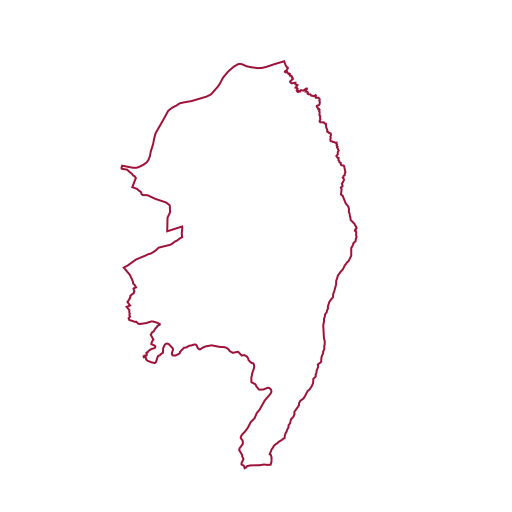 the district of Espinal, Tolima, Colombia, rotated 229°
{"feature_id": "7082276B91766477501685", "entity_name": "Espinal", "entity_type": "district", "adm_level": 2, "iso_a3": "COL", "parent_name": "Colombia", "parent_adm1": "Tolima", "projection": "robinson", "projection_center": [-74.907, 4.169], "detail": "fine", "context": "isolated", "style": "outline", "palette": "rose", "viewbox_px": 512, "rotation_deg": 229, "n_neighbors": 0, "source": "geoboundaries", "source_scale": "gbopen_adm2", "svg_char_len": 6155}
<svg xmlns="http://www.w3.org/2000/svg" viewBox="0 0 512 512"><g transform="rotate(229 256 256)"><path d="M88.9,130.1L90.5,132.6L93.8,135.6L96.2,136.7L97.3,136.2L99.8,140.9L100.3,143.3L101.0,144.8L101.1,147.3L100.7,148.9L100.9,151.1L100.2,154.7L100.3,156.3L99.8,158.0L101.6,160.0L103.0,162.3L103.3,163.7L104.3,165.3L105.4,168.1L106.9,169.5L107.4,172.1L108.1,172.8L109.7,175.2L110.2,178.9L111.6,181.6L112.7,182.1L113.2,182.8L115.1,190.4L116.7,192.0L117.6,194.4L117.3,198.2L118.3,201.6L120.2,206.3L120.2,209.3L121.5,213.4L122.8,215.9L125.7,218.7L125.8,221.8L126.1,222.3L127.5,223.3L127.9,224.6L129.6,226.4L131.7,230.4L133.6,231.5L133.3,234.7L133.5,235.9L136.3,238.6L137.7,240.7L138.5,242.8L139.8,243.9L140.7,246.0L141.7,247.3L142.8,247.9L144.2,249.8L146.2,251.7L149.6,253.5L159.6,261.3L162.3,264.7L163.9,266.0L165.3,268.5L166.6,269.7L167.2,272.6L168.2,273.7L169.2,276.0L170.4,276.7L170.9,277.4L173.1,281.0L173.7,282.7L174.4,287.1L176.8,289.5L177.8,291.5L182.0,297.8L184.8,300.4L186.1,302.9L187.4,304.7L188.5,309.0L189.0,313.0L190.6,316.7L191.4,320.5L191.5,322.7L193.5,327.5L194.0,328.3L199.5,333.1L200.8,336.8L201.7,337.6L201.9,341.0L203.8,343.0L204.3,344.4L206.1,345.2L208.3,347.4L210.3,347.2L210.5,347.5L210.2,348.5L211.2,349.2L211.0,349.9L211.2,350.3L212.4,350.8L214.2,350.9L215.3,351.4L221.3,351.1L223.2,352.6L223.9,352.7L226.8,354.5L228.4,355.0L230.3,356.9L232.6,358.1L236.8,358.2L244.6,360.9L246.8,360.5L250.2,364.4L251.9,364.8L252.1,365.5L251.8,366.5L252.0,367.3L254.2,368.2L255.0,370.9L255.8,372.4L256.6,372.8L258.2,372.9L258.2,373.7L259.0,374.6L258.8,376.0L260.1,377.2L260.5,378.4L266.1,381.5L266.9,381.3L268.6,380.0L269.3,380.0L269.8,380.2L270.6,381.0L272.1,380.5L272.9,381.1L274.3,381.1L275.8,382.7L276.5,382.0L278.8,382.3L279.0,384.3L280.8,385.9L281.3,387.6L282.6,387.8L283.5,388.3L284.7,388.3L285.3,388.9L285.2,389.3L286.7,389.4L287.1,390.4L288.2,390.5L288.7,391.2L289.8,390.0L291.0,389.7L291.4,389.0L292.5,388.6L293.7,387.7L295.2,388.5L296.1,389.9L297.2,390.3L297.8,391.6L299.4,392.8L301.2,391.8L302.2,391.9L302.8,391.3L303.3,391.4L304.5,392.6L306.7,393.2L310.0,395.5L310.8,394.8L312.3,394.9L314.7,392.3L315.6,392.2L316.2,392.6L316.9,394.3L318.0,394.7L319.4,396.3L320.5,396.1L322.9,398.5L323.8,398.6L324.7,400.0L325.5,400.0L325.9,399.3L326.7,399.8L328.1,399.7L329.1,400.0L329.4,400.6L328.6,402.3L328.8,403.5L330.4,405.2L331.9,405.8L332.1,406.6L333.1,407.1L334.5,407.0L336.1,405.0L336.6,405.2L337.7,406.4L338.3,406.5L338.6,404.4L339.8,403.8L340.7,402.9L342.3,403.0L343.8,401.6L344.5,401.4L345.0,401.6L345.2,402.4L345.8,402.5L346.6,402.3L347.6,401.3L348.6,402.8L348.6,404.0L349.1,404.2L349.5,403.4L349.7,400.3L351.7,398.7L351.7,398.0L351.2,397.1L351.5,396.8L352.5,396.5L352.1,395.5L352.3,395.1L354.2,395.2L355.0,397.2L355.8,397.2L357.1,396.3L357.7,399.4L359.7,398.4L360.9,399.5L363.1,396.0L364.9,395.9L365.4,396.3L365.4,400.0L366.5,400.5L367.1,400.1L368.0,400.9L368.9,400.7L369.8,399.9L370.5,400.1L371.3,401.1L371.8,400.9L372.2,400.0L374.3,400.3L375.1,398.8L376.1,398.6L376.4,399.1L376.1,401.1L376.9,403.4L377.5,403.5L378.1,403.1L380.8,403.6L384.5,405.0L388.6,396.0L392.0,387.8L394.0,383.9L396.8,380.4L402.6,375.4L405.7,373.2L409.8,371.3L411.6,369.8L412.5,368.4L413.5,363.4L413.5,356.1L412.2,348.0L409.7,341.5L408.8,338.0L407.5,328.4L407.7,327.1L408.8,323.1L415.2,309.0L419.4,302.1L421.3,298.5L421.7,294.8L422.8,290.7L423.1,286.9L423.1,284.8L419.1,274.0L414.6,260.9L411.1,255.7L408.1,252.0L403.8,245.0L401.0,241.5L399.0,237.7L398.4,234.9L398.7,231.1L399.5,227.8L400.3,225.2L401.2,223.4L403.7,220.7L412.0,214.2L410.7,212.2L409.9,211.9L405.7,215.4L401.6,215.8L399.4,216.3L397.3,216.1L396.3,216.7L393.7,216.5L389.1,207.8L384.6,210.3L382.7,210.4L379.9,211.1L378.9,210.9L378.0,210.2L377.0,210.3L376.0,210.8L373.4,213.7L372.3,214.3L365.2,217.5L355.2,223.3L351.3,224.1L350.3,223.8L345.8,220.2L345.0,219.0L343.0,214.4L332.9,205.2L326.7,219.6L325.8,219.1L321.8,214.8L318.7,212.7L319.3,209.4L319.4,206.5L320.1,204.4L320.4,199.9L320.8,198.5L326.2,187.9L326.0,183.8L326.5,179.9L327.0,177.8L328.0,176.1L328.6,173.6L332.1,163.1L333.0,152.9L334.0,148.6L324.4,148.4L318.9,146.8L317.0,146.1L315.8,145.2L313.5,145.4L311.0,144.9L311.8,142.6L311.7,142.0L309.2,141.1L309.1,140.3L308.2,139.7L308.5,135.3L307.5,134.4L307.4,133.6L306.9,133.5L305.6,128.8L301.3,128.5L302.5,125.0L298.2,124.9L296.8,123.5L295.2,122.8L294.6,121.7L292.9,121.2L292.6,119.0L290.9,118.4L285.5,121.6L285.0,122.5L282.3,122.7L281.0,123.5L277.6,128.8L275.2,134.2L274.1,135.3L270.2,137.8L267.6,138.7L267.3,138.3L267.9,135.6L267.4,134.8L267.3,132.4L266.3,129.6L266.5,127.0L265.8,125.8L265.6,124.9L260.2,123.7L260.2,122.9L259.1,120.3L258.2,119.2L254.7,120.8L253.9,120.8L253.4,120.4L253.1,119.7L253.2,118.7L254.7,115.0L254.8,112.5L254.4,111.0L254.9,110.2L254.8,109.6L253.5,109.1L252.8,108.4L252.9,107.8L254.0,106.5L254.1,105.4L253.1,104.9L252.6,106.1L251.7,106.2L250.0,105.2L248.1,105.4L244.3,107.4L242.0,109.1L241.6,109.4L241.5,110.3L241.6,110.9L244.7,116.2L244.7,117.0L244.1,118.3L244.4,119.6L244.1,122.4L247.3,125.4L248.8,128.7L248.9,130.3L248.2,131.5L246.8,132.3L240.8,132.6L239.5,131.6L238.3,129.4L237.3,128.3L236.7,127.9L235.3,128.1L233.8,129.8L232.8,133.1L232.7,134.8L233.5,135.7L234.0,141.4L232.8,143.2L232.1,146.7L230.8,148.7L230.0,150.9L228.8,152.3L227.5,152.6L224.9,151.7L224.1,151.7L222.9,151.9L222.2,152.5L221.8,155.7L220.9,158.5L217.7,163.9L211.4,168.8L208.1,172.2L206.2,173.4L203.7,174.0L201.4,173.8L198.1,175.0L195.8,179.2L195.2,179.7L190.3,179.9L188.8,182.2L186.1,183.2L184.0,182.9L182.1,182.0L178.2,182.5L176.9,183.5L175.6,183.3L173.8,182.2L172.6,180.8L170.3,176.7L167.0,172.4L163.7,169.7L159.6,171.4L157.1,170.7L153.5,170.6L152.4,171.4L150.3,174.2L149.1,177.9L148.5,178.8L147.6,179.4L145.7,179.7L144.7,179.4L143.6,178.7L142.9,177.7L142.4,175.7L141.2,167.7L137.6,157.7L137.0,153.6L134.5,148.5L134.1,143.1L131.6,136.7L130.7,132.4L130.4,128.5L129.8,126.6L129.1,125.4L128.4,125.0L126.2,124.9L124.8,124.5L122.8,122.7L121.6,117.5L120.7,116.0L115.0,115.0L113.6,114.0L111.3,113.5L110.8,112.9L109.2,109.2L108.1,108.3L105.9,109.2L104.3,108.8L103.3,108.2L102.9,109.7L103.2,111.5L101.7,114.3L95.4,121.9L93.5,125.1L90.9,127.5L88.9,130.1Z" fill="none" stroke="#9f1239" stroke-width="2"/></g></svg>